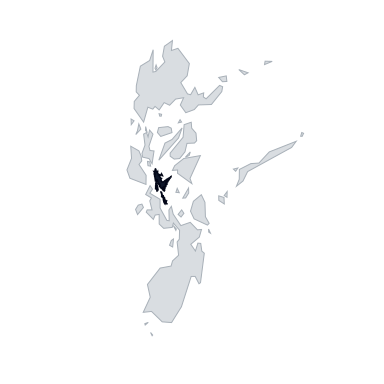 Masbate, Masbate, Philippines (highlighted), rotated 198°
{"feature_id": "2640588B67488359993346", "entity_name": "Masbate", "entity_type": "district", "adm_level": 2, "iso_a3": "PHL", "parent_name": "Philippines", "parent_adm1": "Masbate", "projection": "robinson", "projection_center": [123.452, 12.45], "detail": "fine", "context": "in_parent", "style": "filled", "palette": "ink", "viewbox_px": 384, "rotation_deg": 198, "n_neighbors": 0, "source": "geoboundaries", "source_scale": "gbopen_adm2", "svg_char_len": 8980}
<svg xmlns="http://www.w3.org/2000/svg" viewBox="0 0 384 384"><g transform="rotate(198 192 192)"><path d="M180.2,59.3L193.6,65.9L201.2,62.5L199.2,79.0L205.8,90.3L198.8,109.8L189.0,115.1L189.2,120.5L185.2,127.7L190.7,139.9L189.5,143.2L192.0,151.8L200.1,156.7L199.9,152.2L207.7,148.7L213.3,151.4L216.3,160.5L219.9,158.7L220.3,154.0L229.3,158.7L229.1,161.1L224.5,162.6L229.4,170.5L228.8,173.8L235.3,175.3L233.8,185.1L230.5,182.5L231.7,177.8L220.1,175.2L217.4,166.9L207.1,157.2L204.8,157.6L208.4,167.8L207.2,172.0L203.1,165.2L192.2,156.6L184.3,162.6L175.1,157.7L171.4,159.3L171.1,151.4L177.0,141.9L170.5,136.9L170.6,145.2L167.8,145.8L164.4,138.8L161.4,137.6L155.9,108.4L157.0,106.9L162.9,112.7L166.7,111.4L166.6,79.6L171.1,61.5L180.2,59.3ZM259.6,243.5L272.9,253.5L274.9,260.3L271.9,267.7L276.0,270.0L277.8,275.9L280.0,295.7L272.9,304.0L272.9,315.3L266.2,294.0L263.7,295.4L258.0,307.3L261.9,312.0L263.3,322.1L257.4,330.0L255.3,320.2L249.8,324.3L234.2,313.3L232.5,301.0L236.5,292.6L226.6,283.9L223.4,284.1L221.6,292.4L216.2,286.3L211.5,289.9L210.6,285.9L207.4,285.0L198.7,301.9L195.4,301.6L194.7,296.7L200.6,281.2L212.8,276.8L215.3,271.1L222.4,265.5L230.0,271.1L229.1,279.1L236.3,275.3L240.1,267.6L246.1,268.4L248.6,259.9L253.6,262.0L254.9,258.7L260.2,259.0L259.6,243.5ZM220.3,253.6L214.3,258.1L212.0,252.6L206.4,249.2L203.4,242.2L204.8,239.3L211.8,236.7L211.1,228.0L214.1,220.0L219.1,217.8L223.8,219.3L224.8,222.2L217.4,241.3L220.3,253.6ZM255.3,185.9L260.7,192.9L259.9,205.3L264.4,216.6L255.2,214.7L251.6,210.6L249.4,206.1L250.9,201.8L240.8,193.7L238.1,185.0L255.3,185.9ZM194.7,199.9L211.5,205.3L212.5,208.5L217.3,206.5L216.6,211.7L210.2,221.3L195.3,229.2L198.1,204.3L194.7,199.9ZM130.9,254.0L108.6,272.4L111.0,265.2L145.4,228.6L146.9,218.2L151.5,211.2L151.0,218.7L153.9,228.1L144.8,237.2L137.3,240.2L130.9,254.0ZM167.1,165.3L181.7,167.1L187.5,173.3L187.8,183.6L182.3,192.3L176.5,186.2L171.6,172.6L166.0,167.5L167.1,165.3ZM243.2,210.5L249.7,209.9L251.5,213.3L251.2,222.1L255.9,232.1L253.6,234.5L250.8,230.8L251.5,237.8L247.0,235.0L247.1,222.2L244.8,218.5L240.8,219.3L238.7,206.5L243.2,210.5ZM221.2,249.9L221.5,239.2L233.4,212.0L232.8,230.2L227.2,235.8L221.2,249.9ZM243.6,242.9L235.0,246.8L231.5,246.3L229.4,242.3L238.9,235.2L243.3,237.9L243.6,242.9ZM218.8,184.7L233.4,197.6L233.5,202.0L223.1,192.4L217.3,198.4L218.8,184.7ZM239.1,162.9L235.9,165.0L233.4,162.3L236.8,153.7L240.3,158.0L239.1,162.9ZM202.0,309.2L195.3,313.0L193.0,307.9L197.1,306.3L202.0,309.2ZM157.6,190.6L163.9,192.3L165.4,196.6L159.9,196.7L157.6,190.6ZM194.7,164.8L198.3,166.4L196.3,171.8L193.1,169.2L194.7,164.8ZM178.4,319.7L185.3,322.9L175.5,322.7L178.4,319.7ZM263.6,240.3L260.1,236.0L263.2,229.3L262.8,233.4L263.6,240.3ZM198.9,183.3L196.5,194.7L194.8,190.0L196.2,184.4L198.9,183.3ZM162.4,335.6L162.9,339.0L156.1,341.0L162.4,335.6ZM196.9,134.4L196.7,139.5L195.1,141.6L193.4,133.7L196.9,134.4ZM209.0,223.1L206.0,229.6L206.0,225.8L209.0,223.1ZM160.3,198.6L158.7,203.3L157.1,197.8L160.3,198.6ZM243.8,207.4L241.5,207.6L239.3,203.8L242.0,203.4L243.8,207.4ZM207.2,186.7L207.2,190.9L203.9,187.4L207.2,186.7ZM272.5,242.6L269.1,241.8L270.6,237.3L272.5,242.6ZM215.2,173.7L221.1,182.3L213.7,173.8L215.2,173.7ZM159.7,226.6L155.8,229.0L156.9,225.2L159.7,226.6ZM226.4,253.5L225.7,257.1L223.5,255.3L226.4,253.5ZM227.4,184.2L228.7,189.3L225.8,182.8L227.4,184.2ZM106.0,282.5L104.0,282.3L104.4,279.0L105.9,278.6L106.0,282.5ZM247.5,256.3L244.9,256.5L244.7,254.6L246.2,254.2L247.5,256.3ZM265.4,301.7L263.6,299.4L264.2,297.0L265.4,298.2L265.4,301.7ZM163.7,159.0L164.8,161.9L161.7,158.5L163.7,159.0ZM255.2,236.1L256.3,239.9L253.4,235.3L255.2,236.1ZM196.2,52.2L193.3,54.5L195.4,51.0L196.2,52.2ZM199.4,154.3L195.5,152.0L195.5,150.5L199.4,154.3ZM185.5,43.0L188.0,45.6L185.2,43.8L185.5,43.0Z" fill="#d9dde1" stroke="#a8b0b8" stroke-width="1"/><path d="M218.8,184.4L218.8,184.7L218.7,184.8L218.9,184.9L218.9,185.1L219.0,185.2L218.8,185.3L219.0,186.0L219.0,187.4L219.1,187.5L219.4,187.4L219.5,187.9L219.5,188.0L219.4,188.9L219.2,189.0L219.3,189.2L219.2,189.7L219.3,189.7L219.3,189.9L219.1,190.1L219.2,190.3L218.9,190.7L218.9,190.8L218.6,191.1L218.5,191.3L218.5,191.6L218.7,191.9L218.4,191.9L218.6,192.4L218.8,192.2L219.0,191.8L219.3,191.8L219.7,192.4L219.8,191.9L219.9,192.1L219.9,192.3L219.9,192.6L219.7,192.8L219.7,192.4L219.4,192.8L219.3,193.0L219.5,193.2L219.6,193.5L219.4,193.5L218.8,194.0L219.0,194.2L218.9,194.4L218.6,194.4L218.6,194.1L218.4,194.1L218.2,195.1L218.2,195.6L217.9,196.1L218.0,196.5L217.1,198.3L217.4,198.8L217.5,198.9L217.7,198.7L218.2,198.0L218.1,197.8L218.3,197.9L218.7,197.8L219.3,196.7L219.9,196.4L220.1,195.7L220.3,195.5L220.2,195.3L220.4,195.4L220.6,194.9L220.7,195.0L221.2,194.5L222.3,192.7L222.7,192.5L223.3,192.5L223.5,192.3L224.3,192.4L224.3,192.6L224.8,193.1L224.8,193.4L225.2,193.9L225.5,194.7L225.7,194.9L225.4,195.3L226.2,195.4L226.3,195.2L226.4,195.3L226.5,195.2L226.1,195.5L226.3,195.9L227.1,196.3L227.7,197.1L228.0,197.2L227.8,197.3L227.4,197.8L227.7,198.0L227.6,198.3L228.2,198.5L228.5,198.4L229.7,198.7L230.2,198.9L230.9,199.7L231.2,199.6L231.4,199.8L232.3,200.5L232.9,201.3L233.4,202.4L233.8,202.7L234.0,202.6L234.0,202.1L233.7,201.1L233.9,200.5L234.0,199.9L233.4,198.8L233.1,197.9L232.9,197.9L232.9,197.5L232.5,197.1L232.8,196.8L232.7,196.6L232.9,196.7L233.0,197.2L233.6,198.0L233.6,197.5L232.8,196.4L232.2,195.0L231.8,194.6L231.5,193.9L231.2,193.7L231.0,193.4L231.1,193.1L230.8,192.8L230.8,192.5L230.4,192.3L230.2,192.5L230.3,192.8L230.0,192.8L229.5,192.0L229.0,191.8L228.7,192.2L229.0,192.7L228.7,192.8L228.4,192.4L228.2,191.8L227.9,191.3L227.4,190.6L227.2,190.0L226.7,189.6L226.5,189.8L226.3,189.8L226.1,189.6L226.1,189.4L226.1,189.1L225.9,189.0L225.7,189.1L225.8,189.3L225.6,189.3L225.3,189.5L225.1,189.5L225.2,189.0L225.6,189.0L225.6,188.9L225.3,188.8L225.3,188.6L224.8,188.3L224.7,187.5L224.6,187.3L224.3,187.6L224.3,187.4L224.0,187.4L223.6,187.0L222.6,186.1L222.1,186.1L221.8,186.0L221.7,186.2L221.2,186.4L221.3,186.5L221.2,186.6L221.3,186.7L221.3,187.0L221.1,187.1L220.8,187.4L220.9,187.5L220.8,187.8L220.5,187.6L220.5,187.9L220.4,187.7L220.5,187.4L220.4,187.4L220.3,187.2L220.8,187.0L220.7,186.8L221.0,186.9L220.9,186.1L220.7,186.1L220.6,185.7L221.4,185.6L220.8,185.4L220.0,184.8L219.6,184.9L219.2,184.5L218.8,184.4ZM214.4,172.8L214.2,173.2L214.0,173.3L214.1,173.7L213.9,173.4L213.9,173.6L213.7,173.5L213.2,173.7L213.5,174.1L213.7,174.3L213.4,174.7L213.5,175.1L213.5,175.5L213.8,175.3L213.9,175.7L214.2,175.9L214.5,175.9L215.0,176.1L215.3,176.1L215.4,176.3L215.4,176.1L215.6,176.1L215.7,176.6L215.9,177.0L216.1,176.8L216.2,177.0L216.2,177.3L216.4,177.2L216.4,177.7L216.9,178.0L217.1,178.0L217.0,178.3L217.6,178.5L218.1,179.4L218.3,179.2L218.4,179.5L218.9,179.4L219.2,179.6L219.3,179.9L219.7,180.2L219.8,180.4L220.0,180.6L220.2,181.3L220.6,181.9L221.0,182.4L221.5,182.4L221.3,181.9L220.6,181.3L220.2,180.4L220.2,180.6L219.7,179.8L219.6,179.3L219.6,179.0L219.5,178.8L219.6,178.6L219.5,178.4L218.8,177.9L218.4,178.0L217.8,177.9L217.4,177.3L217.3,176.9L217.1,176.7L217.1,176.4L216.9,176.0L216.6,175.4L216.3,175.4L216.4,175.2L216.2,174.8L216.0,174.4L215.8,174.4L215.7,174.1L215.4,173.6L215.2,173.7L215.3,173.5L215.3,173.3L215.2,173.2L214.6,173.2L214.4,172.8ZM225.8,182.5L225.6,182.7L225.4,182.6L225.4,182.8L225.7,183.7L225.4,183.5L225.2,183.7L225.1,183.3L225.0,183.8L225.4,184.4L225.6,184.2L225.6,184.7L226.0,185.6L226.3,185.8L226.5,186.2L226.6,186.6L227.0,186.8L226.9,187.3L227.5,187.9L227.8,188.5L228.0,188.7L228.9,189.8L229.1,189.2L228.9,189.0L228.9,188.8L228.9,188.4L228.6,188.2L228.5,187.2L228.4,186.8L228.5,186.6L228.2,186.1L228.2,185.8L227.9,185.8L228.1,185.7L227.9,185.0L227.7,185.0L227.6,184.9L227.8,184.9L227.7,184.1L227.4,184.2L227.4,183.9L227.1,183.6L226.4,183.4L225.8,182.5ZM226.5,198.9L226.5,199.3L226.7,199.6L226.8,198.9L226.5,198.9ZM216.9,199.8L216.6,199.9L216.7,200.3L217.0,200.0L216.9,199.8ZM214.0,172.8L213.5,173.1L213.5,173.3L213.8,173.3L214.0,173.2L214.0,172.8ZM211.9,172.5L212.1,173.1L212.5,173.2L212.2,172.9L212.0,172.6L211.9,172.5ZM218.9,188.9L218.7,189.2L218.8,189.7L218.9,189.3L219.1,189.0L218.9,188.9ZM230.3,191.8L229.8,191.7L230.2,192.1L230.3,191.8ZM219.2,192.9L219.0,193.2L218.7,193.3L219.2,193.3L219.1,193.2L219.2,192.9ZM234.4,199.6L234.2,199.4L234.1,199.5L234.3,199.6L234.4,199.6ZM229.2,190.2L228.9,189.9L229.2,190.5L229.2,190.2ZM231.1,200.6L230.9,200.7L231.0,200.9L231.1,200.6ZM225.4,182.1L225.5,182.3L225.4,182.1ZM219.1,187.9L219.0,188.1L219.1,187.9ZM225.3,198.6L225.5,198.8L225.5,198.6L225.3,198.6ZM229.6,191.3L229.7,191.5L229.8,191.3L229.6,191.3ZM220.7,187.4L220.7,187.6L220.8,187.5L220.7,187.4ZM224.6,197.9L224.5,197.7L224.6,197.9ZM224.5,196.1L224.4,196.1L224.5,196.1ZM225.2,181.9L225.3,182.1L225.2,181.9ZM219.1,188.4L219.0,188.5L219.1,188.4ZM218.7,193.4L218.6,193.5L218.7,193.4ZM225.1,183.1L225.1,183.3L225.1,183.1ZM226.0,196.5L226.1,196.3L226.0,196.5L226.0,196.5ZM225.3,182.6L225.2,182.7L225.3,182.8L225.3,182.7L225.3,182.6ZM218.5,191.0L218.4,191.0L218.5,191.0ZM225.7,197.7L225.8,197.9L225.7,197.7Z" fill="#0f172a" stroke="#020617" stroke-width="1.5"/></g></svg>